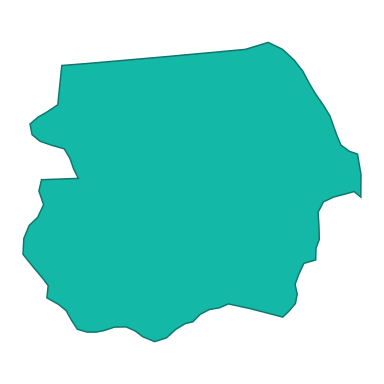 the district of Formosa do Sul, Santa Catarina, Brazil
{"feature_id": "56859067B9697158571656", "entity_name": "Formosa do Sul", "entity_type": "district", "adm_level": 2, "iso_a3": "BRA", "parent_name": "Brazil", "parent_adm1": "Santa Catarina", "projection": "orthographic", "projection_center": [-52.793, -26.635], "detail": "fine", "context": "isolated", "style": "filled", "palette": "teal", "viewbox_px": 384, "rotation_deg": 0, "n_neighbors": 0, "source": "geoboundaries", "source_scale": "gbopen_adm2", "svg_char_len": 1061}
<svg xmlns="http://www.w3.org/2000/svg" viewBox="0 0 384 384"><path d="M302.7,71.0L294.2,60.2L282.6,49.4L268.2,42.4L245.2,49.4L199.4,53.6L157.6,57.4L102.5,62.2L87.2,63.5L61.8,65.5L57.8,104.8L46.0,112.6L38.2,117.0L30.0,124.0L32.1,134.7L40.1,141.3L52.4,145.5L64.2,148.8L69.9,158.3L73.6,168.9L78.4,178.4L41.5,179.7L38.9,191.0L43.6,204.7L37.7,217.3L29.2,225.4L23.8,238.5L23.0,254.3L34.0,268.0L42.6,278.2L48.2,285.7L46.9,297.9L58.7,304.5L66.2,310.7L71.6,320.4L77.4,329.3L87.1,332.1L96.4,332.1L104.7,330.4L114.5,327.1L126.1,326.9L134.9,330.8L142.9,336.8L154.7,341.6L166.4,337.9L175.9,329.3L185.2,323.6L192.9,321.8L200.2,314.3L209.2,309.6L219.5,307.8L228.3,303.9L250.5,308.7L282.8,317.1L289.0,311.1L295.4,303.6L297.2,294.2L295.1,284.4L298.7,274.5L303.9,263.4L315.7,259.9L316.0,248.2L319.3,239.4L319.0,227.2L318.1,212.2L323.5,201.8L333.5,197.1L344.1,194.3L354.1,191.6L360.8,197.1L361.0,174.6L357.5,154.1L349.2,151.2L340.9,145.0L336.6,134.7L333.5,126.0L329.9,115.9L323.3,105.1L315.3,93.6L309.4,83.6L302.7,71.0Z" fill="#14b8a6" stroke="#0f766e" stroke-width="1.5"/></svg>